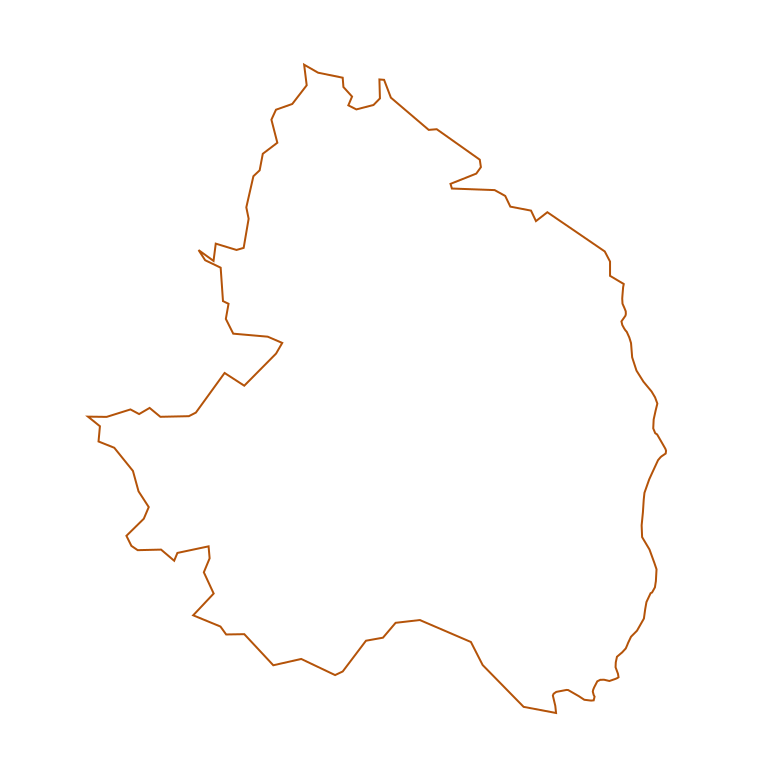 outline of Mavrovo and Rostusha, Mavrovo and Rostusa, North Macedonia, rotated 186°
{"feature_id": "65306769B57665907630306", "entity_name": "Mavrovo and Rostusha", "entity_type": "district", "adm_level": 2, "iso_a3": "MKD", "parent_name": "North Macedonia", "parent_adm1": "Mavrovo and Rostusa", "projection": "albers", "projection_center": [20.658, 41.644], "detail": "fine", "context": "isolated", "style": "outline", "palette": "amber", "viewbox_px": 768, "rotation_deg": 186, "n_neighbors": 0, "source": "geoboundaries", "source_scale": "gbopen_adm2", "svg_char_len": 2333}
<svg xmlns="http://www.w3.org/2000/svg" viewBox="0 0 768 768"><g transform="rotate(186 384 384)"><path d="M415.7,686.5L420.4,686.4L417.9,667.6L423.6,660.4L440.2,654.2L448.6,657.4L445.8,666.5L455.4,675.1L457.1,684.3L482.1,686.7L496.8,693.2L492.1,673.0L504.5,652.9L520.1,645.5L523.6,635.1L515.3,612.8L528.6,600.3L530.0,583.5L535.6,577.0L539.4,545.3L535.9,534.2L537.8,504.7L544.7,501.9L566.0,506.0L566.4,488.6L582.4,497.8L574.8,488.4L558.6,482.6L552.8,449.6L547.0,447.5L548.1,432.2L539.2,418.3L504.6,418.9L489.5,414.2L494.5,403.0L522.8,367.7L543.7,378.3L568.1,335.9L574.7,331.6L603.0,328.0L614.6,335.7L624.4,328.5L633.5,332.2L656.4,322.3L675.0,320.6L662.1,312.3L661.9,297.0L645.6,292.4L624.6,271.3L616.9,251.6L605.1,237.0L608.8,224.9L624.3,206.1L618.3,196.6L611.6,193.0L588.4,196.0L574.2,186.3L571.8,194.4L541.5,204.2L539.2,192.4L543.5,177.9L531.5,157.8L549.6,134.0L521.3,125.7L514.8,118.4L496.8,120.6L464.7,92.7L437.6,101.9L402.2,89.4L395.0,93.8L375.1,126.8L358.5,131.6L347.5,147.7L323.7,153.0L270.6,136.5L256.5,114.8L211.4,77.5L178.5,74.8L180.0,81.8L183.5,91.8L182.9,93.7L180.5,95.8L170.6,98.8L168.9,98.9L157.6,93.9L151.8,90.9L146.0,90.8L144.9,90.8L142.4,91.3L141.9,95.1L142.9,96.5L144.2,99.9L144.0,101.8L143.3,104.2L140.8,110.6L138.0,112.4L134.3,112.9L128.8,112.2L123.0,114.9L121.1,116.0L120.1,116.9L121.0,120.2L124.1,126.5L124.4,131.4L123.8,137.1L119.0,142.1L115.9,146.3L114.8,149.8L114.5,150.9L114.2,152.0L111.9,158.5L106.6,165.1L101.0,177.9L100.7,187.3L100.2,194.6L97.0,203.8L95.6,204.7L93.3,210.1L93.1,214.8L93.0,216.3L93.6,228.2L96.4,234.3L102.7,247.2L111.3,258.7L113.0,270.4L113.1,283.6L113.6,296.1L113.6,303.0L110.3,316.8L108.1,323.4L103.5,336.9L101.4,340.0L100.5,341.0L96.6,344.3L96.5,347.1L97.4,349.0L101.0,354.0L107.1,362.4L109.1,363.4L111.6,368.0L112.1,376.9L111.1,385.9L110.1,393.1L113.0,399.0L117.1,404.5L126.2,413.4L134.3,423.7L140.0,436.5L142.6,450.5L144.9,455.9L148.0,461.2L149.6,462.7L151.0,464.4L153.2,467.6L154.4,471.1L152.7,474.1L151.0,477.2L150.8,478.9L151.2,481.6L152.9,484.8L155.2,488.8L156.0,493.8L156.1,496.1L156.3,505.3L156.0,508.5L170.5,515.2L172.0,529.4L178.3,538.9L239.5,571.9L249.9,561.9L255.9,571.8L276.9,573.6L283.1,583.7L294.2,588.4L336.9,585.5L338.8,590.0L314.2,602.9L310.3,609.8L312.2,617.1L358.2,642.9L366.1,641.4L407.1,669.5L415.7,686.5Z" fill="none" stroke="#b45309" stroke-width="2"/></g></svg>